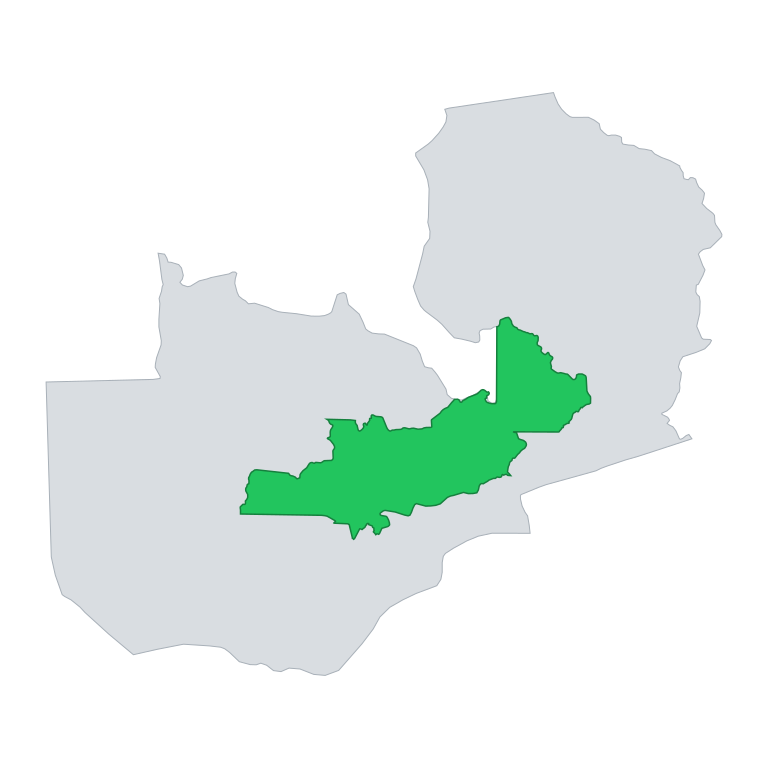 Central on a map of Zambia (orthographic projection)
{"feature_id": "ZMB-516", "entity_name": "Central", "entity_type": "Province", "adm_level": 1, "iso_a3": "ZMB", "parent_name": "Zambia", "parent_adm1": "", "projection": "orthographic", "projection_center": [28.771, -13.872], "detail": "fine", "context": "in_parent", "style": "filled", "palette": "green", "viewbox_px": 768, "rotation_deg": 0, "n_neighbors": 0, "source": "natural_earth", "source_scale": "10m", "svg_char_len": 9772}
<svg xmlns="http://www.w3.org/2000/svg" viewBox="0 0 768 768"><path d="M530.1,533.3L492.1,533.2L478.2,536.2L466.8,540.9L453.3,548.3L445.4,553.4L443.3,556.3L442.2,562.6L442.2,572.3L440.9,579.3L436.8,585.7L416.3,593.4L402.9,599.8L389.8,607.3L379.9,617.0L373.2,629.0L362.0,643.8L338.7,670.4L325.2,675.4L313.8,674.4L300.0,669.0L289.0,668.1L281.0,671.6L273.5,670.6L266.6,665.2L260.8,663.2L256.2,664.8L250.2,664.6L239.3,661.7L229.7,652.5L224.6,648.7L220.6,647.2L209.3,645.9L183.5,644.2L156.8,649.4L133.4,654.7L108.9,634.2L85.1,612.6L80.0,607.1L71.1,599.9L64.7,596.5L62.2,594.7L55.3,575.1L51.3,557.0L46.1,382.0L153.2,379.4L160.0,378.5L160.3,376.6L155.2,367.4L155.4,364.1L156.6,357.7L161.1,344.9L161.3,340.7L158.9,326.9L158.9,319.2L159.9,303.6L159.1,298.4L161.5,291.3L162.2,286.7L163.2,284.6L161.9,279.4L159.5,260.9L158.1,253.2L164.6,254.2L166.8,258.0L168.1,262.1L171.0,262.3L178.7,264.6L181.5,268.0L183.3,275.4L182.3,279.2L179.9,282.3L182.4,285.0L187.6,286.7L190.6,286.1L199.2,280.9L207.2,278.9L211.2,277.5L229.0,273.9L232.6,272.0L235.1,272.0L236.8,273.4L235.3,278.7L234.8,283.4L237.1,292.2L238.9,296.2L242.6,299.2L245.3,300.7L248.4,303.8L254.6,303.2L268.3,307.5L272.4,309.6L278.2,311.6L282.3,312.3L296.4,313.7L311.3,316.1L319.0,316.2L324.5,315.6L328.3,314.2L330.7,312.8L331.8,311.6L337.2,294.8L340.1,293.4L343.8,292.5L346.0,294.1L348.4,304.6L359.2,314.1L363.0,322.1L365.7,328.9L368.0,330.8L372.1,333.1L378.6,333.9L384.5,334.1L413.4,345.7L416.6,347.9L420.2,354.1L422.3,361.1L424.6,366.7L428.4,367.8L431.7,368.2L435.0,372.0L437.5,375.3L446.0,389.1L447.2,394.6L451.4,398.3L457.0,399.8L462.2,400.0L465.2,398.4L472.6,395.6L478.3,392.3L482.5,391.2L485.0,391.9L486.9,394.2L488.1,401.0L492.2,403.4L495.2,402.5L496.4,399.8L496.5,398.4L496.7,326.5L494.0,327.0L490.7,329.0L483.0,329.2L480.0,330.7L479.1,333.0L479.7,336.0L479.8,340.1L478.7,342.0L475.3,342.7L470.5,341.2L461.7,339.1L454.3,337.8L449.1,332.4L441.9,324.3L437.3,320.2L426.0,311.7L424.0,310.0L420.6,306.0L417.7,299.3L414.8,291.5L413.3,286.6L416.0,278.9L422.6,254.0L424.2,246.2L429.7,238.4L430.0,231.3L427.8,222.3L428.4,217.3L429.1,188.8L427.6,179.8L423.9,169.8L415.7,156.0L415.7,153.0L428.3,144.0L432.1,140.6L438.7,133.3L443.1,127.1L445.9,122.0L446.9,115.5L444.8,109.3L449.1,108.1L553.5,92.6L555.0,96.9L558.1,104.0L561.6,109.2L566.1,113.8L569.9,116.6L572.4,117.4L588.4,117.3L594.2,120.1L599.2,123.7L600.4,129.2L603.7,132.6L607.2,135.3L608.8,135.7L611.4,135.1L615.7,135.1L619.6,136.3L621.5,137.5L621.7,142.1L622.9,144.1L628.3,145.0L633.8,145.4L639.1,148.6L644.8,149.2L651.5,150.6L654.6,153.9L661.6,157.5L670.2,160.7L679.7,165.9L679.9,167.4L681.5,170.4L683.1,172.6L683.2,175.7L684.0,178.7L686.4,179.4L688.4,179.7L690.3,177.6L692.9,177.7L695.6,179.1L696.6,182.5L698.7,187.0L702.2,190.2L704.5,193.2L703.6,198.6L702.0,203.5L706.7,208.5L712.9,213.3L714.5,215.4L714.9,222.3L715.8,224.7L719.9,230.6L721.9,234.4L721.7,236.6L710.3,247.8L703.3,249.4L700.2,251.7L698.4,254.1L702.7,265.5L705.0,269.9L703.0,275.2L698.3,284.3L696.3,285.1L695.8,292.0L697.1,294.6L699.3,296.6L700.1,301.3L699.8,313.0L696.7,326.3L701.6,337.9L703.3,339.2L710.3,339.5L711.5,340.5L709.8,343.7L704.8,348.8L695.8,352.5L682.9,356.7L680.2,360.8L678.4,366.9L679.8,370.5L681.4,372.6L680.8,377.9L679.6,383.5L679.9,387.9L679.2,391.9L677.5,393.7L675.2,399.6L672.3,405.5L670.1,408.2L666.9,410.9L661.8,413.2L661.9,414.4L667.6,417.2L669.0,419.1L669.5,420.4L667.1,423.4L669.7,425.3L672.9,426.8L675.9,430.8L679.2,438.3L679.8,439.1L680.8,439.2L682.7,438.4L686.3,435.5L688.9,434.5L691.9,438.8L638.3,456.3L625.7,459.9L607.0,466.1L600.9,468.4L596.0,470.8L546.3,484.6L538.5,487.4L521.0,494.6L520.4,495.8L520.5,499.1L522.1,506.0L525.1,512.3L527.6,515.9L529.2,525.2L530.1,533.3Z" fill="#d9dde1" stroke="#a8b0b8" stroke-width="1"/><path d="M494.8,403.7L495.6,403.5L496.5,401.7L496.9,326.7L498.3,326.4L498.7,326.0L499.2,325.2L499.7,324.0L500.0,321.0L500.2,320.4L500.6,319.9L505.5,317.8L508.1,317.4L508.4,317.4L508.8,317.6L510.3,319.4L511.4,321.3L511.8,323.6L513.4,326.1L515.2,327.2L516.8,327.7L517.9,329.4L519.2,329.9L520.2,330.1L523.4,331.6L524.8,331.9L526.2,332.6L527.6,332.7L529.4,333.6L530.4,333.8L531.4,333.6L532.4,333.7L533.0,334.2L533.6,335.2L534.5,335.8L534.9,335.8L536.5,335.5L537.1,335.6L537.7,336.1L538.2,337.3L538.1,340.3L537.9,341.0L537.2,342.5L537.2,344.2L537.4,344.8L538.0,345.4L540.8,346.9L541.4,347.7L541.6,348.9L541.0,350.5L541.1,351.5L542.1,352.7L543.8,354.0L545.1,354.6L546.4,353.9L547.6,352.6L548.1,352.5L548.7,352.9L549.4,354.7L549.8,355.3L550.9,356.1L552.0,356.7L552.5,357.2L552.7,357.8L552.6,358.6L552.4,359.2L551.2,360.6L550.4,362.7L551.4,366.6L551.1,368.4L551.3,368.8L551.7,369.3L555.2,371.8L557.4,373.0L558.4,373.1L560.7,372.7L564.2,373.5L565.7,374.0L567.2,374.1L568.0,374.6L572.2,378.9L573.0,379.5L574.4,379.5L575.2,379.1L575.8,378.4L576.4,377.0L576.6,375.1L577.0,374.7L578.7,374.0L581.6,374.0L582.4,374.1L584.7,375.3L585.4,375.8L585.7,376.1L586.0,376.9L586.2,377.8L586.9,390.8L587.3,391.9L588.4,394.0L590.4,396.5L590.6,398.1L590.5,403.1L589.2,404.0L586.5,404.5L585.2,405.3L582.9,407.0L582.1,407.8L581.7,407.5L581.1,407.4L580.7,407.6L580.2,408.8L579.1,410.1L578.5,411.6L577.8,411.7L576.3,411.4L575.7,411.5L575.0,412.4L573.5,413.1L572.8,414.2L571.7,418.5L571.3,419.3L568.8,421.9L569.2,422.9L568.5,423.3L566.9,423.5L564.7,424.9L563.9,425.1L563.4,425.5L563.5,426.5L563.2,427.5L561.9,427.9L561.9,428.2L561.0,429.5L559.6,430.9L559.3,431.6L558.8,431.9L558.2,432.0L513.7,431.8L513.6,432.0L514.1,432.3L516.3,432.7L516.6,433.0L518.4,438.3L518.6,438.7L520.4,439.5L523.1,440.3L524.0,440.8L525.6,442.1L526.2,443.4L526.4,444.4L526.3,445.3L526.0,446.1L524.7,448.2L524.0,448.7L522.5,449.5L521.3,450.7L520.5,451.2L519.7,452.6L517.6,454.5L515.0,457.9L514.3,458.2L513.3,458.1L512.7,458.3L512.2,459.1L511.9,460.5L511.5,460.8L510.5,461.5L509.9,462.1L509.5,463.1L509.3,464.4L508.9,465.4L508.3,466.6L507.9,468.8L507.5,471.8L507.8,472.4L509.0,473.5L510.7,475.6L507.8,475.4L507.3,475.1L506.7,474.5L506.2,474.3L505.4,474.4L504.5,474.8L503.4,475.1L502.6,474.5L502.3,474.6L502.0,475.0L501.5,476.5L501.1,476.9L500.8,477.1L499.4,477.4L497.4,477.0L497.0,477.1L495.3,478.4L493.4,478.4L488.8,480.2L487.7,481.2L484.3,483.1L483.5,483.7L481.3,483.6L480.4,484.1L479.6,485.3L479.2,486.0L478.4,489.9L476.8,492.8L473.0,493.5L468.3,493.6L463.5,492.4L453.5,495.4L450.5,496.0L447.4,497.4L440.3,503.8L435.8,505.3L430.8,505.9L425.8,506.1L416.4,503.6L414.7,504.6L412.9,508.2L411.4,512.4L409.9,515.2L408.1,515.8L404.8,515.1L395.2,512.0L385.4,510.4L384.0,510.6L383.4,510.8L380.6,512.8L380.1,513.4L380.0,514.0L380.3,514.9L381.1,515.4L382.5,515.7L385.5,516.2L386.4,516.5L387.1,517.2L388.6,520.1L389.4,522.8L389.6,524.7L389.5,525.0L388.9,525.7L387.9,526.5L381.9,528.3L379.5,533.5L378.7,534.3L377.7,533.9L376.7,533.9L375.8,534.7L374.8,533.3L373.4,531.9L373.5,531.4L374.2,530.6L373.9,529.9L373.9,528.1L373.7,527.9L372.8,527.5L372.6,527.3L372.4,526.3L372.0,525.8L368.8,524.7L368.6,524.5L368.8,523.9L368.6,523.6L368.3,523.5L367.4,523.5L366.7,524.0L366.5,525.0L365.7,525.4L365.6,525.6L365.4,526.6L365.0,527.1L363.7,528.3L362.9,528.6L362.5,529.4L361.9,529.5L361.0,529.1L360.0,528.8L359.7,528.8L354.5,538.7L353.5,539.3L352.9,538.4L352.3,538.2L352.3,537.5L349.2,524.6L347.8,523.8L334.4,523.2L333.9,523.0L334.1,522.6L335.5,521.4L335.5,521.1L334.9,520.6L327.2,516.2L325.0,515.7L321.7,515.3L240.5,514.0L240.5,510.0L240.2,507.8L240.3,506.9L242.8,504.4L243.4,504.3L244.8,504.4L245.2,504.0L245.5,503.3L245.4,501.0L246.4,499.9L247.2,498.6L247.7,497.4L247.7,494.5L245.9,491.1L245.7,490.1L245.7,488.9L246.0,487.9L246.8,486.8L247.2,484.8L247.6,484.3L248.8,483.7L248.9,483.4L249.0,480.5L248.6,479.3L248.6,478.4L248.7,477.5L249.4,476.4L250.2,474.2L251.2,472.6L251.8,472.0L252.6,471.6L254.7,470.0L256.8,469.8L288.5,473.3L289.0,473.9L289.9,475.2L291.4,475.8L292.8,476.0L295.4,477.2L296.6,478.6L297.2,478.8L299.8,477.8L300.1,474.7L300.7,473.5L303.0,470.7L306.7,467.8L309.0,464.1L309.5,463.5L310.2,462.9L311.1,462.6L312.1,462.5L313.8,463.2L314.5,463.3L314.8,463.1L315.2,462.6L315.9,462.4L320.6,462.8L321.7,462.4L323.7,461.0L324.5,460.7L331.6,460.4L332.5,459.5L332.8,459.2L333.2,458.2L332.9,451.0L333.2,450.2L334.4,448.5L334.6,447.4L334.4,446.1L333.4,444.2L330.6,440.6L329.9,440.0L327.7,438.8L327.4,438.3L327.7,437.9L329.4,437.2L330.2,436.6L330.3,436.1L330.2,432.3L330.4,430.7L330.9,429.5L332.1,427.7L332.7,426.5L332.8,425.5L332.6,425.0L330.8,424.2L330.1,423.6L329.4,422.7L328.9,421.2L328.6,420.7L327.9,419.9L326.9,419.3L350.4,419.9L355.4,420.5L355.3,422.2L355.7,423.6L357.1,425.4L358.1,429.8L358.6,430.5L359.5,431.1L360.5,430.7L362.0,429.5L363.3,428.0L363.8,426.5L363.4,425.3L363.3,424.4L363.6,423.7L364.2,423.4L364.9,423.2L365.5,423.3L365.9,424.3L366.6,425.0L367.0,425.1L367.3,424.8L367.4,423.5L369.2,421.1L369.7,420.2L369.7,419.8L369.5,419.1L369.7,418.6L370.1,418.3L371.3,418.2L371.4,417.4L371.2,416.6L371.2,415.8L372.0,414.9L373.4,415.1L374.7,415.9L376.0,416.4L380.8,416.8L381.9,417.1L382.8,417.9L386.7,427.5L387.3,428.6L388.0,429.7L389.1,430.6L389.8,431.0L390.6,431.0L391.6,430.4L392.4,430.1L394.0,430.1L395.9,429.6L399.1,429.5L401.1,429.3L401.7,429.1L402.8,428.1L403.9,427.8L404.9,427.8L409.2,428.9L411.8,428.3L413.7,428.2L418.0,429.2L421.8,428.9L422.4,428.7L424.0,427.9L426.3,427.5L430.9,427.4L431.5,427.1L431.8,426.8L431.4,420.3L431.6,419.7L440.1,413.2L441.5,411.2L443.2,409.6L445.2,408.4L447.4,407.5L447.9,407.2L451.6,402.6L453.8,400.3L454.3,399.4L457.6,399.2L458.9,399.8L460.3,402.1L461.2,402.3L461.8,402.0L462.9,400.6L465.0,399.6L468.3,397.4L476.5,394.2L477.7,393.5L481.0,390.3L482.3,389.7L483.7,389.8L484.8,390.4L486.8,392.0L487.5,392.1L488.5,391.9L489.0,392.6L489.2,393.2L489.1,393.8L488.6,394.8L488.1,395.1L487.1,395.4L486.7,395.8L486.6,398.1L485.7,398.3L485.2,398.7L485.2,399.5L485.5,400.2L486.1,401.4L486.6,402.0L487.5,402.5L488.8,403.0L491.1,403.6L494.8,403.7Z" fill="#22c55e" stroke="#15803d" stroke-width="1.5"/></svg>